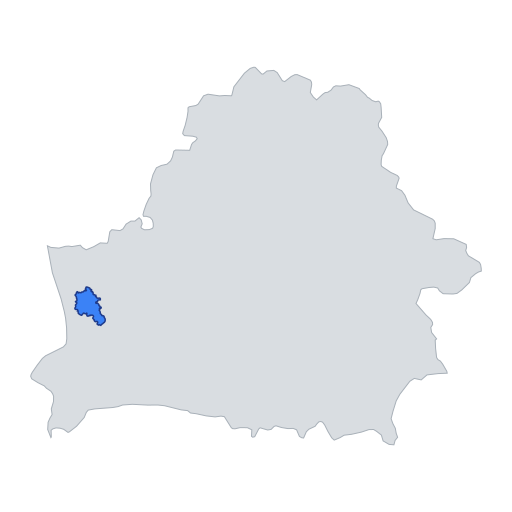 Vawkavysk, Grodno, Belarus (highlighted)
{"feature_id": "67162791B87198261111694", "entity_name": "Vawkavysk", "entity_type": "district", "adm_level": 2, "iso_a3": "BLR", "parent_name": "Belarus", "parent_adm1": "Grodno", "projection": "orthographic", "projection_center": [24.403, 53.18], "detail": "fine", "context": "in_parent", "style": "filled", "palette": "blue", "viewbox_px": 512, "rotation_deg": 0, "n_neighbors": 0, "source": "geoboundaries", "source_scale": "gbopen_adm2", "svg_char_len": 7309}
<svg xmlns="http://www.w3.org/2000/svg" viewBox="0 0 512 512"><path d="M447.2,373.2L438.0,373.6L427.0,374.9L421.2,379.9L414.3,378.4L409.8,381.3L399.9,394.2L396.2,400.9L393.0,411.2L391.1,418.7L392.9,423.7L395.3,428.3L396.2,433.3L397.6,437.3L395.1,440.4L393.9,444.8L389.1,444.4L383.1,440.9L381.4,435.1L376.7,431.4L373.6,429.5L368.9,429.6L361.4,432.1L351.5,434.3L344.1,435.2L340.1,437.6L334.2,440.1L331.7,437.8L327.9,431.4L324.7,425.0L322.6,422.2L320.9,421.5L318.9,421.8L316.7,424.1L315.1,426.3L308.9,429.2L306.3,431.8L303.6,438.0L301.6,437.7L299.4,436.4L296.6,429.8L293.2,428.4L288.0,428.6L281.4,427.5L276.0,425.8L274.1,426.4L271.1,429.4L267.7,430.0L260.1,427.8L258.7,429.0L254.7,436.7L252.7,437.2L251.5,436.3L251.8,429.8L247.4,427.7L240.1,427.6L235.0,428.8L232.4,428.6L231.1,427.4L224.4,416.7L221.0,416.1L215.1,416.9L206.3,415.9L196.1,413.7L190.5,413.0L187.6,410.6L181.3,409.9L164.5,405.7L157.7,405.0L147.7,405.1L132.4,404.3L122.6,405.0L118.1,406.6L112.8,407.5L94.7,408.9L88.2,410.1L86.3,412.4L84.2,417.5L76.6,426.2L69.3,431.9L68.0,432.4L63.7,429.3L60.1,428.2L56.0,427.9L53.0,428.8L51.1,430.2L51.3,437.0L50.9,437.6L47.7,429.5L48.1,422.3L49.9,418.2L52.1,414.5L51.3,408.9L53.5,401.6L53.6,396.2L52.7,393.9L51.0,391.3L46.4,388.2L44.3,385.9L38.0,382.7L31.7,378.8L30.7,376.4L31.0,374.8L32.2,372.4L37.1,365.3L42.4,358.4L45.7,355.7L63.4,346.9L66.1,343.8L66.8,338.6L66.6,327.9L65.6,318.2L64.3,311.5L61.1,298.9L52.4,272.8L47.4,245.8L50.8,247.4L59.0,248.1L65.5,246.3L68.8,246.1L71.8,246.6L80.3,245.2L82.4,247.6L86.2,249.8L93.7,246.7L100.3,242.9L107.2,243.3L108.2,241.4L109.8,231.8L111.8,229.7L120.0,230.6L123.0,228.9L126.1,224.1L130.9,221.1L134.9,221.1L139.1,217.7L141.2,219.9L142.2,223.8L140.9,227.0L141.5,228.3L144.5,229.8L149.4,229.6L152.6,228.3L153.3,226.5L153.2,223.2L152.4,220.1L150.2,217.5L146.3,216.3L143.5,216.3L143.0,214.6L143.9,211.0L146.2,204.4L149.1,198.3L150.9,196.1L151.1,194.0L150.7,190.4L150.5,183.9L153.0,174.7L156.4,167.8L161.2,165.5L167.0,164.2L170.6,160.9L172.4,157.1L173.8,151.2L175.6,150.0L189.7,150.3L191.6,144.4L192.8,142.7L195.4,140.9L197.2,138.7L196.4,137.2L192.8,136.2L184.4,135.6L182.7,133.7L183.1,131.4L185.2,125.3L187.1,117.4L188.0,111.4L188.0,107.8L189.1,106.8L195.9,105.5L198.1,104.2L203.6,95.8L208.0,94.2L219.5,95.9L224.7,95.5L231.4,95.8L231.9,95.0L233.9,86.8L244.4,73.2L250.2,68.4L253.9,67.2L255.3,67.4L261.6,73.9L263.1,74.1L266.9,71.0L273.8,70.4L277.2,72.6L282.3,80.7L284.7,81.6L291.2,76.5L294.8,74.7L297.2,74.6L310.4,80.2L311.5,82.2L311.7,84.7L310.3,92.5L313.3,97.0L316.6,99.9L322.8,94.2L325.1,92.6L327.7,92.3L331.1,90.1L333.4,87.0L335.8,85.8L340.5,86.1L348.9,84.7L359.2,88.5L360.1,89.8L365.6,94.8L367.5,97.3L369.2,98.1L372.1,100.5L375.8,101.8L378.2,101.1L379.4,101.8L380.7,103.8L381.1,107.3L381.7,117.4L378.6,123.1L378.3,124.9L378.7,127.1L382.0,131.2L386.2,137.7L387.5,141.5L387.7,144.5L383.5,153.6L382.1,155.7L381.3,160.1L381.1,164.5L381.6,166.3L390.7,172.4L397.3,175.5L398.8,177.2L399.1,178.3L396.4,186.0L396.3,188.1L401.6,190.7L404.9,195.2L408.1,202.9L413.6,209.9L432.6,219.2L434.4,221.0L435.2,223.3L435.2,228.5L432.9,238.7L436.2,239.8L444.1,238.6L453.8,238.8L466.2,244.4L466.6,247.5L465.7,250.5L466.9,253.4L468.4,255.8L479.4,262.4L480.6,264.6L481.2,268.3L481.3,271.1L478.5,272.0L475.6,273.7L470.9,277.6L469.4,282.5L461.8,289.9L457.0,293.4L453.0,294.0L443.1,293.7L439.4,290.8L437.7,288.0L433.8,287.1L428.9,287.5L422.1,288.7L420.8,289.7L420.0,293.4L417.7,299.8L416.0,303.5L425.9,314.9L430.7,319.4L432.5,322.4L432.6,324.6L430.8,327.4L431.6,332.5L436.6,338.9L435.2,340.1L435.6,348.6L436.6,357.5L437.9,359.6L440.4,361.1L442.7,364.2L446.8,371.3L447.2,373.2Z" fill="#d9dde1" stroke="#a8b0b8" stroke-width="1"/><path d="M100.3,299.8L100.3,299.6L100.3,299.3L100.4,299.0L100.3,298.8L100.2,298.5L100.0,298.2L99.6,298.1L99.1,298.1L98.5,298.2L97.9,298.2L97.3,298.2L97.0,298.0L96.8,297.7L96.6,297.4L96.5,297.1L96.4,296.9L95.9,296.7L95.6,296.6L95.5,296.4L95.6,296.0L95.9,295.6L95.9,295.3L95.8,295.2L95.4,295.2L95.0,295.1L94.6,294.9L94.4,294.7L94.2,294.6L93.7,294.7L93.4,294.6L93.2,294.4L93.2,294.0L93.1,293.6L93.1,293.2L93.1,292.9L93.0,292.5L92.7,292.4L92.4,292.3L92.5,292.0L92.5,291.6L92.1,291.4L91.9,291.4L91.5,291.4L91.3,291.4L91.1,291.2L91.0,290.8L91.1,290.6L91.3,290.3L91.6,289.9L91.5,289.7L91.2,289.5L90.8,289.4L90.5,289.4L90.2,289.3L90.1,289.0L90.0,288.6L90.0,288.4L89.7,288.1L89.4,287.9L89.2,287.8L88.7,287.7L88.2,287.4L87.6,287.2L87.3,287.1L86.9,287.1L86.6,287.0L86.2,287.1L86.0,287.3L85.9,287.6L86.0,287.9L85.9,288.3L85.7,288.7L85.5,288.8L85.4,288.9L85.4,289.1L85.6,289.4L85.9,289.8L86.2,290.0L86.4,290.3L86.3,290.5L85.9,290.8L85.5,290.8L85.2,290.7L84.7,290.5L84.4,290.6L84.1,290.8L83.9,291.3L83.7,291.5L83.3,291.8L82.7,291.9L82.2,292.0L81.8,292.0L81.7,292.2L81.4,292.4L81.1,292.7L80.9,292.7L80.5,292.7L80.2,292.6L79.6,292.4L79.3,292.5L79.1,292.6L78.9,292.8L78.7,292.9L78.4,292.9L78.2,292.8L78.1,292.5L78.0,292.2L77.8,291.9L77.6,291.8L77.2,291.7L76.8,292.1L76.6,292.4L76.4,292.8L76.4,293.1L76.5,293.5L76.3,293.9L75.9,294.1L75.7,294.3L75.4,294.5L75.2,294.8L75.2,295.0L75.2,295.4L75.6,295.8L75.8,296.0L76.1,296.4L76.2,296.7L76.4,297.0L76.5,297.4L76.4,297.8L76.5,298.3L76.8,298.7L76.9,299.7L76.9,300.1L76.9,300.7L76.6,301.0L76.3,301.2L75.8,301.3L75.5,301.7L75.6,301.9L75.9,302.1L76.3,302.3L76.6,302.5L76.8,302.8L76.8,303.1L76.6,303.6L76.4,303.9L76.1,304.3L75.8,304.6L75.5,304.9L75.5,305.5L75.7,305.9L75.7,306.1L75.7,306.8L75.4,307.3L75.0,307.9L74.9,308.4L75.1,309.1L75.6,309.4L76.2,309.5L77.0,309.5L77.4,309.6L77.7,310.1L77.8,310.5L77.8,310.9L77.7,311.0L78.1,311.1L78.1,311.5L78.2,312.1L78.2,312.6L78.2,313.1L78.5,313.5L79.2,314.1L79.8,314.5L80.5,314.9L81.4,315.3L81.8,315.2L82.2,314.5L82.5,314.2L83.1,313.7L83.4,313.2L83.8,313.1L84.1,313.2L84.7,313.5L85.2,313.8L85.7,313.8L85.9,313.8L86.2,313.5L86.7,313.2L86.9,313.6L86.5,314.1L86.8,314.9L86.9,315.5L87.0,315.8L87.5,316.1L88.2,316.1L88.7,315.9L89.1,315.9L89.4,315.5L90.1,315.2L90.4,315.5L90.8,315.5L91.0,315.2L91.7,315.1L92.3,315.2L92.8,315.3L93.2,315.7L93.5,316.2L93.5,316.7L93.3,317.1L92.9,317.7L92.8,318.3L93.3,318.9L93.8,319.4L94.4,320.1L94.2,320.6L94.7,321.2L95.2,321.6L95.8,321.7L96.2,321.6L96.5,321.4L96.8,321.4L97.1,321.4L97.4,321.7L97.7,322.1L97.7,322.5L97.7,322.8L97.5,323.0L97.3,323.5L97.1,323.8L97.1,324.0L97.5,324.5L98.1,324.8L98.6,325.1L98.9,325.0L99.2,324.7L99.5,324.8L99.9,325.0L100.5,325.3L100.8,325.4L101.4,324.6L101.7,324.3L102.3,324.0L102.8,323.6L103.3,323.1L103.8,322.6L104.2,322.5L104.6,321.9L104.8,321.7L105.0,321.3L105.2,320.2L105.2,319.7L105.1,319.1L105.0,318.6L104.8,318.2L104.4,317.8L104.2,317.5L104.2,317.1L104.1,316.6L104.0,316.3L103.7,316.0L103.3,315.8L102.7,315.7L102.4,315.7L101.9,315.6L101.8,315.4L101.7,314.9L101.3,314.6L100.9,314.1L100.4,313.7L100.2,313.1L100.3,312.5L100.1,311.8L100.0,311.5L99.8,311.0L99.6,310.8L99.4,310.5L99.2,310.3L99.2,310.0L99.5,309.7L99.8,309.3L99.7,309.0L99.5,308.7L99.9,308.5L100.4,308.5L100.7,308.3L101.0,308.2L101.2,307.8L101.1,307.4L100.8,307.0L100.5,307.0L100.3,307.2L99.9,307.1L99.9,306.7L99.8,306.1L99.7,305.9L99.2,305.8L98.9,305.4L98.9,304.8L98.8,304.4L98.5,304.2L98.3,303.9L98.0,303.6L97.7,303.4L97.4,303.3L96.9,303.3L96.1,303.3L95.8,302.8L95.8,302.4L96.0,302.0L96.4,301.8L96.9,301.7L97.2,301.7L97.5,301.6L97.6,301.2L97.7,300.9L97.8,300.4L98.0,300.2L98.5,300.0L99.0,299.9L99.5,299.9L100.3,299.8L100.3,299.8Z" fill="#3b82f6" stroke="#1e3a8a" stroke-width="1.5"/></svg>